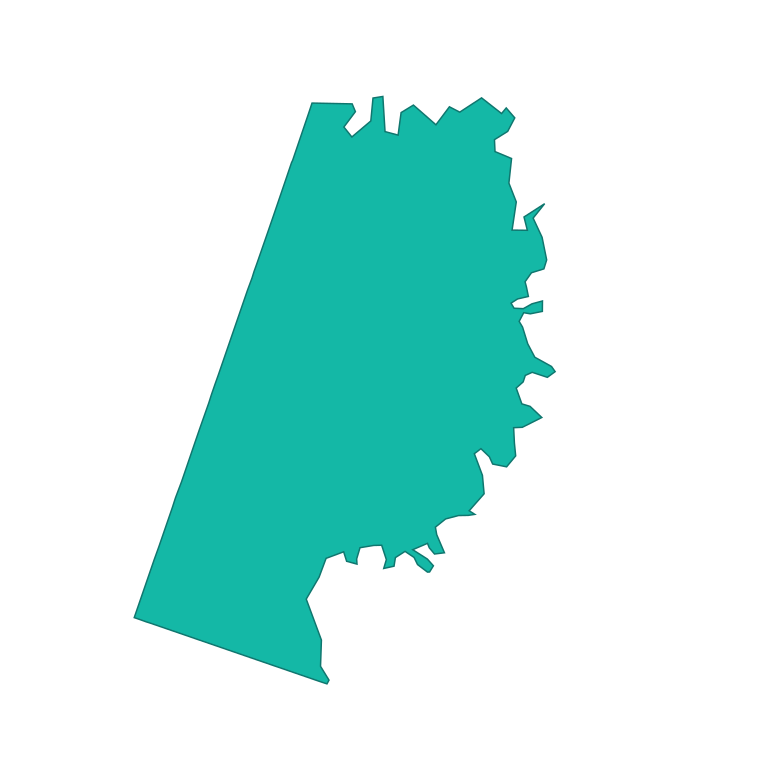 Miller, Arkansas, United States of America, rotated 19°
{"feature_id": "52423323B19087014841162", "entity_name": "Miller", "entity_type": "district", "adm_level": 2, "iso_a3": "USA", "parent_name": "United States of America", "parent_adm1": "Arkansas", "projection": "albers", "projection_center": [-93.844, 33.315], "detail": "fine", "context": "isolated", "style": "filled", "palette": "teal", "viewbox_px": 768, "rotation_deg": 19, "n_neighbors": 0, "source": "geoboundaries", "source_scale": "gbopen_adm2", "svg_char_len": 1906}
<svg xmlns="http://www.w3.org/2000/svg" viewBox="0 0 768 768"><g transform="rotate(19 384 384)"><path d="M419.5,686.2L427.7,686.1L428.4,681.9L415.9,671.6L408.2,646.5L380.5,612.7L385.5,587.8L386.0,567.7L400.5,555.8L406.4,563.8L417.1,563.1L415.1,558.3L414.6,546.6L426.8,540.0L434.3,537.2L443.4,549.3L443.8,558.5L452.8,553.0L451.3,544.4L458.4,535.4L468.9,538.2L474.5,543.8L486.3,547.7L488.3,546.9L489.9,539.8L482.0,535.4L465.1,531.3L477.0,520.5L480.1,524.1L487.1,528.3L496.1,523.9L482.9,509.3L479.2,502.6L486.2,491.5L497.3,484.1L506.4,480.8L512.3,477.7L505.8,476.1L514.4,455.2L506.8,438.3L492.1,420.5L496.7,413.6L507.3,418.5L512.8,424.3L526.9,422.4L531.9,409.1L526.5,397.3L520.8,383.1L528.9,379.9L544.1,364.3L529.4,357.6L520.8,357.9L510.3,344.8L514.9,336.7L514.8,329.9L520.3,324.7L536.3,324.5L541.8,316.6L536.7,312.9L517.9,309.6L506.8,299.2L496.5,285.1L491.4,280.8L492.9,271.1L499.5,270.0L510.1,263.8L506.8,253.9L497.8,260.0L491.2,267.4L482.3,270.0L477.8,266.2L482.6,260.1L492.0,254.2L487.1,245.9L484.1,241.4L487.2,230.8L497.7,223.1L497.4,213.7L485.7,193.8L471.0,178.6L477.2,161.2L462.0,180.5L469.5,192.0L455.0,196.8L449.8,168.8L436.7,153.4L431.2,129.3L413.3,128.1L408.9,117.0L418.7,104.9L421.0,89.8L409.7,83.2L407.1,90.0L383.1,81.7L367.1,102.3L355.6,100.6L348.7,122.0L321.0,110.7L311.8,121.8L316.3,144.1L302.8,145.0L289.3,112.5L280.5,117.2L285.9,139.6L273.2,160.9L262.4,154.1L268.3,135.8L262.7,129.5L224.5,141.8L224.5,142.7L224.6,152.0L224.8,202.3L224.6,204.1L224.5,204.3L224.6,225.5L224.7,260.7L224.7,265.6L224.7,276.6L224.6,311.7L224.5,320.1L224.7,326.7L224.4,339.4L224.4,346.2L224.4,351.1L224.4,368.3L224.4,401.4L224.4,428.8L224.3,439.3L224.3,450.3L224.5,458.8L224.3,486.0L224.3,498.8L224.3,501.8L224.4,542.1L223.9,559.3L224.0,564.7L224.1,569.1L224.1,611.1L223.9,624.6L223.9,686.2L225.2,686.2L230.0,686.2L236.7,686.3L239.7,686.2L419.5,686.2Z" fill="#14b8a6" stroke="#0f766e" stroke-width="1.5"/></g></svg>